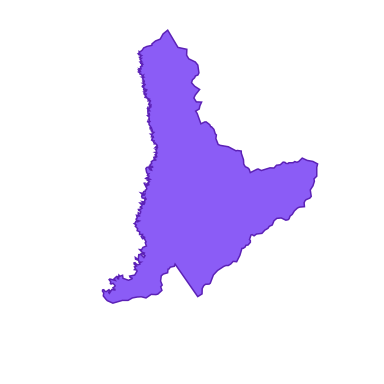 Mariscal Ramon Castilla, Loreto, Peru, rotated 116°
{"feature_id": "86281439B43857057528938", "entity_name": "Mariscal Ramon Castilla", "entity_type": "district", "adm_level": 2, "iso_a3": "PER", "parent_name": "Peru", "parent_adm1": "Loreto", "projection": "robinson", "projection_center": [-71.702, -3.973], "detail": "fine", "context": "isolated", "style": "filled", "palette": "violet", "viewbox_px": 384, "rotation_deg": 116, "n_neighbors": 0, "source": "geoboundaries", "source_scale": "gbopen_adm2", "svg_char_len": 6104}
<svg xmlns="http://www.w3.org/2000/svg" viewBox="0 0 384 384"><g transform="rotate(116 192 192)"><path d="M283.5,141.0L279.2,138.3L274.3,140.5L271.0,140.4L269.0,139.4L267.3,136.3L266.0,135.6L257.2,136.4L251.3,134.6L244.9,130.8L243.2,129.3L242.2,127.2L239.7,125.6L236.3,124.6L235.1,121.3L228.0,121.2L220.8,122.4L220.1,121.2L218.1,120.1L216.3,120.2L215.1,118.4L211.6,117.5L210.0,118.3L209.5,119.5L204.7,120.1L204.0,119.3L204.2,117.0L201.5,115.6L198.5,111.0L194.3,109.8L191.4,107.8L189.0,107.5L186.5,105.4L181.9,105.7L178.5,104.2L176.2,100.4L176.2,95.3L174.8,93.5L173.6,93.0L170.7,93.3L168.2,92.1L164.1,91.7L160.2,90.2L158.5,88.8L155.9,84.5L152.5,86.5L150.5,86.6L148.9,86.1L145.8,83.4L143.7,82.9L138.3,86.6L133.4,86.0L128.7,86.7L126.7,88.1L123.1,86.8L115.1,90.7L111.7,91.4L111.5,96.7L113.1,102.3L113.2,107.8L117.7,109.4L119.3,110.7L119.6,113.0L121.3,113.9L123.3,117.8L124.3,118.1L125.1,120.1L124.6,121.5L125.2,123.2L128.8,124.6L130.9,127.8L134.5,128.8L136.1,132.5L142.3,139.1L142.3,142.6L142.9,143.4L149.0,148.1L146.4,150.7L145.8,152.5L145.9,155.2L144.3,157.7L140.4,159.9L135.5,164.7L133.6,165.7L134.8,169.5L135.7,170.5L135.4,179.2L137.7,187.1L137.8,189.3L133.5,194.0L130.0,195.1L129.5,196.6L126.1,199.8L124.8,203.1L125.1,203.8L123.7,205.6L122.8,210.0L123.4,211.2L126.8,213.9L119.1,221.8L117.7,224.2L114.3,221.9L111.0,222.7L107.0,222.8L109.1,227.6L106.7,231.5L103.5,231.6L96.5,230.1L95.8,236.0L94.0,240.3L91.1,240.8L88.1,239.7L86.2,239.8L84.3,238.0L81.9,238.0L75.4,242.4L73.7,246.0L73.7,253.3L71.4,256.8L66.0,259.2L68.2,268.0L57.2,284.8L62.6,287.3L68.5,287.6L72.2,291.0L76.3,292.9L77.8,292.4L81.0,296.4L83.7,298.6L86.2,298.9L89.0,300.2L88.9,301.1L90.2,300.4L91.1,300.9L91.0,299.8L91.6,300.5L91.9,300.0L91.5,297.1L92.9,297.9L93.8,297.3L94.1,298.0L94.7,297.0L94.3,296.2L95.6,296.7L96.6,294.6L97.9,295.7L98.1,294.5L98.7,294.4L98.1,293.2L99.0,293.2L98.9,292.3L99.9,292.8L100.5,292.0L101.8,293.2L103.6,291.9L104.0,293.0L104.7,292.6L104.7,293.4L105.9,291.7L106.0,293.4L107.1,292.2L107.0,291.1L107.7,292.3L108.0,290.8L108.9,290.3L108.4,289.0L109.5,287.6L108.6,287.0L109.6,287.0L109.8,285.9L110.7,287.3L110.7,285.9L112.0,286.0L113.3,283.4L114.6,283.2L114.4,284.2L115.4,283.2L115.8,283.8L115.9,281.3L117.2,281.5L117.0,282.4L117.9,282.9L118.6,281.3L118.6,282.9L119.1,282.9L119.7,280.5L121.0,280.5L121.6,279.7L120.6,278.5L120.1,278.7L120.0,277.4L121.3,277.4L121.3,278.3L122.3,278.0L123.2,279.2L123.5,278.3L124.6,278.2L124.0,276.0L124.8,276.0L125.3,277.1L125.9,275.8L127.3,275.7L126.6,274.7L127.4,274.3L127.1,273.5L127.8,272.4L126.7,272.1L128.1,271.9L127.5,271.1L129.2,271.1L128.1,269.7L128.4,269.2L130.3,269.5L130.9,268.3L130.8,269.3L131.9,269.1L132.0,270.1L132.4,267.8L131.7,267.1L133.1,266.5L132.9,267.6L133.5,268.0L133.9,266.6L135.4,267.4L135.7,266.2L135.9,267.9L135.4,268.7L136.5,268.7L136.9,267.6L137.7,268.2L137.2,267.1L137.6,265.7L138.6,267.2L141.0,265.8L141.2,265.1L140.4,264.7L141.4,264.0L142.8,265.5L143.2,264.3L142.7,263.9L144.5,262.8L145.5,262.9L145.3,262.3L146.6,261.8L147.1,260.7L148.2,261.7L147.7,262.7L148.3,262.7L148.4,261.1L150.3,260.1L151.3,257.9L152.2,257.9L152.0,256.7L152.8,256.2L153.3,257.4L153.7,257.1L153.0,255.8L153.8,254.9L154.8,255.4L154.8,254.4L155.5,254.3L155.1,252.4L157.3,253.2L158.1,254.5L158.4,253.0L160.1,252.7L159.1,251.2L159.9,250.6L160.5,251.4L163.0,251.0L162.7,250.2L163.3,249.8L162.7,248.5L164.0,248.3L164.6,247.5L164.3,246.8L165.2,246.9L164.6,245.4L165.3,243.7L168.1,244.5L166.3,242.4L168.0,243.1L168.5,242.4L169.7,243.5L170.4,242.1L171.8,241.4L172.5,242.4L172.4,240.6L174.5,241.4L174.2,240.4L175.5,239.5L175.6,240.6L176.4,240.7L176.2,239.4L177.4,240.0L177.7,241.4L179.2,240.2L179.0,238.0L180.2,240.6L182.6,241.9L184.2,240.7L185.5,241.6L186.7,241.1L187.0,239.9L186.4,238.7L187.0,238.3L187.6,239.2L187.5,241.3L189.4,240.0L189.2,238.8L190.1,237.9L190.4,239.4L188.7,242.2L189.9,243.5L191.2,243.7L194.1,241.5L195.4,239.7L194.8,238.9L196.6,239.3L196.6,237.6L198.2,237.4L198.3,238.4L200.1,239.6L200.2,238.6L199.1,237.1L199.0,235.2L201.0,237.0L201.4,234.8L202.8,235.4L203.6,234.7L203.6,235.9L204.7,236.3L204.8,234.3L205.9,235.2L206.8,235.0L205.3,236.1L205.7,237.9L204.7,238.3L205.1,238.8L208.6,234.2L209.6,234.0L211.0,234.8L212.2,234.1L212.7,235.5L214.9,235.7L215.3,237.5L215.9,235.8L214.4,233.4L215.6,233.3L217.0,235.5L218.1,235.3L219.2,234.1L218.7,232.6L219.2,231.2L217.7,231.4L218.5,230.2L220.5,230.8L221.7,230.1L222.4,232.3L223.0,229.7L224.1,229.7L224.4,230.5L223.7,231.7L224.7,233.9L225.7,231.1L227.7,230.9L227.8,231.9L228.3,231.9L228.5,229.9L230.0,230.7L231.2,232.5L231.9,231.7L231.8,229.7L233.2,229.2L234.3,229.3L234.2,231.2L236.0,230.4L236.5,228.7L237.1,229.2L237.3,231.6L239.2,229.9L240.9,230.4L241.6,229.5L241.1,226.6L242.6,227.7L243.2,229.6L244.9,229.5L245.7,230.1L246.1,227.6L247.6,228.0L248.8,224.8L250.8,224.4L250.7,221.6L253.2,220.5L251.8,217.8L252.9,217.5L254.2,218.2L255.7,215.9L254.9,214.9L253.4,216.0L253.5,214.7L254.9,214.2L257.0,211.4L258.1,211.8L260.5,209.3L263.3,211.8L266.0,212.0L266.7,213.8L268.0,210.4L267.7,208.0L268.5,208.0L269.3,209.8L269.8,206.3L272.0,206.5L270.6,210.7L271.6,212.4L276.4,210.7L275.7,214.2L277.1,213.3L276.9,209.9L278.3,208.9L277.5,207.2L278.7,208.0L279.7,207.2L281.0,208.6L281.3,210.2L280.5,212.3L281.2,213.0L282.2,212.3L282.9,209.5L284.5,210.9L285.4,209.3L287.0,209.7L286.4,207.5L287.2,206.7L291.8,207.1L294.9,211.2L295.8,210.2L295.7,208.0L296.4,207.9L299.2,210.4L299.8,216.2L297.3,217.9L299.3,219.9L298.8,221.2L302.3,219.9L302.5,221.0L300.7,221.9L300.9,222.7L304.2,224.0L305.1,222.3L306.2,227.7L307.1,228.1L308.3,225.7L310.1,225.2L310.2,224.4L308.7,222.9L309.8,220.1L310.8,219.9L312.7,221.1L313.4,220.3L313.2,218.7L313.9,218.4L314.8,221.3L319.3,221.8L318.9,222.8L316.6,222.8L316.2,223.8L319.1,225.4L319.4,226.8L318.5,228.5L319.2,229.4L320.3,229.1L321.4,227.1L324.3,226.2L326.2,222.2L326.8,220.5L326.6,214.4L319.9,207.0L317.5,202.0L313.3,199.1L310.4,195.2L308.4,191.7L307.4,186.9L301.9,183.8L300.0,179.4L298.7,177.9L293.6,175.9L290.9,178.6L288.7,178.0L285.8,181.2L280.8,182.9L278.3,181.8L275.3,178.5L271.9,179.7L271.2,178.9L269.1,178.6L266.5,175.3L264.2,175.6L283.5,141.0Z" fill="#8b5cf6" stroke="#5b21b6" stroke-width="1.5"/></g></svg>